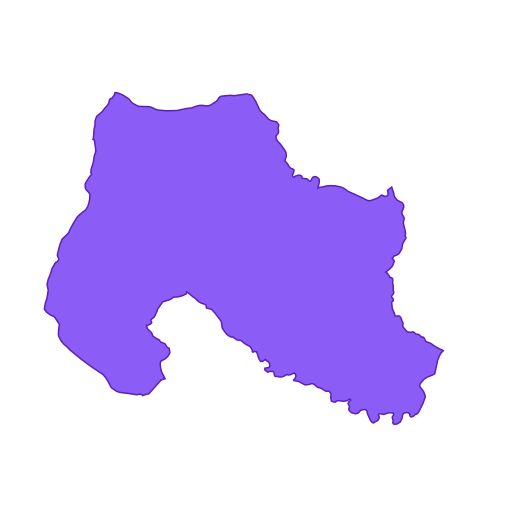 Balsas, El Oro, Ecuador (Robinson projection), rotated 280°
{"feature_id": "8360857B29129198314993", "entity_name": "Balsas", "entity_type": "district", "adm_level": 2, "iso_a3": "ECU", "parent_name": "Ecuador", "parent_adm1": "El Oro", "projection": "robinson", "projection_center": [-79.838, -3.774], "detail": "fine", "context": "isolated", "style": "filled", "palette": "violet", "viewbox_px": 512, "rotation_deg": 280, "n_neighbors": 0, "source": "geoboundaries", "source_scale": "gbopen_adm2", "svg_char_len": 6085}
<svg xmlns="http://www.w3.org/2000/svg" viewBox="0 0 512 512"><g transform="rotate(280 256 256)"><path d="M195.7,456.1L196.3,453.3L198.0,448.0L200.3,443.3L201.3,438.1L204.1,436.1L205.1,435.1L205.1,432.7L206.6,430.7L207.1,429.1L206.8,427.9L207.2,426.4L208.3,425.0L208.6,423.6L207.9,422.2L207.7,420.9L207.5,419.1L207.9,417.6L211.9,412.9L213.3,412.5L214.7,412.7L216.0,412.2L217.0,411.2L219.5,410.0L220.7,409.0L221.7,407.9L221.7,406.2L221.1,404.4L221.3,403.4L224.4,401.7L227.8,399.4L233.6,397.7L235.1,398.2L235.7,398.9L237.3,398.7L238.1,398.0L238.9,396.8L240.1,396.5L242.8,397.9L244.2,398.0L246.1,397.1L250.5,396.3L253.3,395.2L256.2,394.9L257.3,394.4L258.2,393.3L258.2,391.7L259.5,390.7L262.1,388.0L262.6,386.5L266.5,390.0L269.9,392.2L274.6,393.1L276.2,392.2L276.8,391.0L277.3,390.6L280.1,392.1L281.1,394.2L283.0,396.3L284.4,396.9L288.6,398.4L291.4,398.2L294.6,398.6L299.5,400.6L300.4,400.4L302.1,399.3L303.6,399.5L306.1,398.8L313.9,395.4L318.3,395.4L319.5,395.2L322.5,392.7L323.8,392.2L325.8,392.1L328.0,392.8L329.9,393.0L331.6,392.6L333.7,391.0L335.5,385.4L337.5,383.0L339.8,381.3L341.7,380.8L347.4,377.7L343.6,374.2L339.8,375.4L338.9,375.3L338.0,374.6L337.4,373.7L337.1,372.6L337.8,369.6L337.8,369.1L334.6,366.1L333.4,364.4L330.5,359.3L330.1,357.6L330.1,355.9L331.4,351.8L333.6,343.6L335.2,337.0L335.9,334.9L337.8,331.1L338.6,328.3L338.9,322.5L338.3,317.3L337.3,313.3L335.6,309.7L334.3,305.9L333.7,305.2L339.4,305.5L341.7,305.2L343.1,304.4L344.4,301.9L344.4,300.0L343.7,298.6L342.8,297.9L339.7,297.0L339.1,296.3L339.0,295.9L339.7,294.5L340.5,293.6L340.9,292.4L340.5,288.9L341.0,287.6L342.5,287.2L342.8,286.8L343.2,285.2L343.0,284.0L341.8,281.3L341.0,280.4L340.1,279.9L340.2,278.9L341.0,278.2L341.9,277.9L346.3,278.7L347.6,278.3L348.0,277.4L348.4,275.1L348.8,274.6L350.7,272.1L351.7,271.6L354.5,268.2L355.3,268.0L359.6,268.5L362.7,267.7L363.7,267.1L365.8,265.5L369.0,262.1L370.6,260.4L373.1,257.0L375.6,255.3L377.9,254.9L379.5,256.0L381.4,256.7L383.3,256.5L385.3,255.6L389.0,255.7L391.7,252.9L391.9,247.6L392.9,244.7L396.7,239.9L398.9,236.1L400.1,234.5L408.2,228.9L411.5,226.0L413.6,223.8L414.0,218.7L410.1,206.8L409.7,202.4L407.3,193.9L406.5,192.8L405.4,192.0L402.5,190.9L401.2,189.8L396.6,184.9L395.5,182.4L395.2,180.9L395.0,176.8L394.6,174.5L392.5,169.8L390.7,167.1L389.1,161.7L385.6,153.1L383.4,142.3L382.7,133.1L384.3,127.1L384.5,125.1L383.0,114.4L383.7,111.8L385.2,107.5L388.6,103.5L391.2,97.5L392.2,93.7L392.6,91.2L392.4,88.7L390.0,88.6L386.9,86.9L386.4,86.9L385.6,85.4L384.9,84.6L381.3,84.5L378.7,83.6L374.9,81.2L371.6,79.6L365.9,74.9L363.1,74.3L360.5,74.1L357.1,74.7L353.2,74.5L343.6,75.4L342.5,75.2L342.0,76.7L332.7,79.8L330.8,80.0L326.3,79.4L319.6,79.5L312.9,78.6L309.9,78.8L307.6,79.7L304.3,77.9L299.4,75.9L297.6,75.3L296.3,75.4L293.4,76.1L291.9,77.2L289.1,80.7L287.4,81.8L283.5,82.3L279.4,82.2L275.9,81.8L272.6,80.6L270.7,79.4L269.7,78.2L265.8,74.9L263.0,73.0L256.4,70.4L251.6,68.8L246.7,67.5L244.8,66.5L239.2,62.3L238.4,62.0L232.9,60.9L223.9,60.2L222.1,60.3L221.1,60.7L219.1,62.2L218.0,62.3L216.3,61.6L214.9,60.0L213.8,59.3L207.9,57.2L203.6,56.9L197.4,55.5L191.9,55.1L186.3,57.3L178.6,57.5L172.6,56.7L166.9,56.8L164.1,59.8L162.3,63.7L161.4,67.1L160.5,68.7L154.4,74.3L151.1,74.3L144.3,75.0L142.2,76.0L138.9,78.5L136.1,81.6L133.4,86.1L131.1,89.2L124.0,101.8L118.0,113.9L112.8,125.8L110.4,128.8L106.6,132.2L101.2,136.4L98.6,142.0L98.0,145.5L98.5,154.8L98.6,162.4L99.7,165.8L99.8,167.4L98.8,168.6L100.9,172.2L101.4,173.9L102.8,175.1L116.9,183.8L118.5,185.9L119.3,187.8L125.1,183.4L129.1,181.5L133.4,180.3L135.9,180.6L139.0,184.4L140.0,185.3L142.4,186.8L144.5,187.7L145.2,187.9L146.4,187.8L150.0,186.5L150.6,184.4L153.8,181.5L154.8,176.9L156.6,175.2L157.5,172.2L159.1,168.7L160.0,167.8L161.7,166.9L162.6,166.1L165.4,161.8L168.7,160.2L169.0,161.6L170.9,164.2L172.5,164.9L173.9,163.7L175.3,163.8L178.4,166.5L184.8,168.2L186.5,168.3L194.8,172.2L197.3,177.5L199.4,180.4L200.6,181.3L201.4,182.7L202.1,186.0L204.2,190.6L206.5,193.8L208.7,194.1L204.8,201.1L203.7,203.5L201.8,206.3L200.8,208.0L200.0,210.5L199.6,213.8L199.0,215.0L198.4,215.6L196.4,216.1L196.1,216.5L195.8,221.3L195.6,221.8L192.6,225.6L186.8,231.9L185.3,233.3L179.3,235.2L177.9,236.4L175.0,239.4L173.8,240.7L172.9,242.3L171.9,245.5L172.1,247.7L170.1,251.6L170.0,253.9L170.3,255.9L168.5,258.7L167.3,261.3L165.9,265.6L165.1,266.7L162.7,268.6L161.1,269.0L160.7,269.7L161.8,271.0L161.6,273.3L155.9,276.4L154.2,277.6L152.9,279.1L153.4,280.9L155.9,283.2L154.9,284.1L154.2,285.9L153.3,287.2L152.1,288.1L150.7,288.6L148.7,288.5L147.0,284.2L145.3,284.5L143.6,287.8L144.2,288.7L145.0,290.8L145.3,292.8L144.2,294.0L141.6,294.9L140.8,295.8L140.7,296.1L141.1,297.5L140.9,299.8L141.2,301.6L141.4,302.5L142.5,304.5L143.6,305.4L144.5,307.2L144.4,308.8L144.9,310.1L146.9,313.2L147.3,314.6L144.7,316.3L142.9,315.9L140.4,314.6L139.9,314.8L139.9,319.1L139.5,320.9L137.7,326.2L137.7,327.1L138.6,330.4L140.0,333.0L140.0,334.5L139.4,336.1L137.5,339.2L136.9,343.4L135.3,347.3L134.9,348.9L135.6,350.7L135.4,351.3L134.6,352.6L133.8,353.4L132.7,354.0L129.9,354.1L126.2,355.4L125.7,357.8L125.9,359.6L127.1,360.4L127.8,361.9L128.2,367.8L129.4,370.9L131.4,373.2L131.3,373.6L130.7,374.3L129.2,373.5L128.0,372.4L126.7,372.3L124.1,374.1L121.4,373.9L120.7,374.1L119.3,375.5L118.2,377.6L117.9,381.4L118.8,383.6L120.5,384.9L122.1,385.7L123.8,389.4L123.6,391.0L122.6,392.3L120.3,393.0L118.9,393.9L114.2,397.1L112.7,398.6L111.9,400.2L111.9,400.5L115.3,404.6L117.4,405.4L118.1,405.4L119.1,405.2L120.8,404.1L121.2,404.2L121.6,404.4L122.2,405.7L122.2,409.4L124.5,413.7L125.0,415.5L125.1,418.5L124.6,418.9L123.7,419.1L120.9,418.1L117.7,419.6L115.6,419.6L114.6,420.5L114.4,421.0L114.5,422.2L115.0,424.0L117.4,426.8L121.5,428.0L124.8,428.0L126.5,428.5L127.4,429.7L127.9,431.3L128.0,433.0L127.5,434.6L125.2,435.4L124.7,436.0L124.4,437.0L125.3,438.6L127.5,440.3L128.2,441.6L129.3,442.7L131.6,443.6L139.6,446.0L146.1,447.1L147.6,447.0L151.6,444.6L155.7,440.2L156.6,439.8L158.1,439.7L160.0,440.6L163.7,442.8L166.2,445.3L169.5,450.6L171.1,452.5L184.9,453.0L189.6,454.0L192.9,455.2L195.2,456.9L195.7,456.1Z" fill="#8b5cf6" stroke="#5b21b6" stroke-width="1.5"/></g></svg>